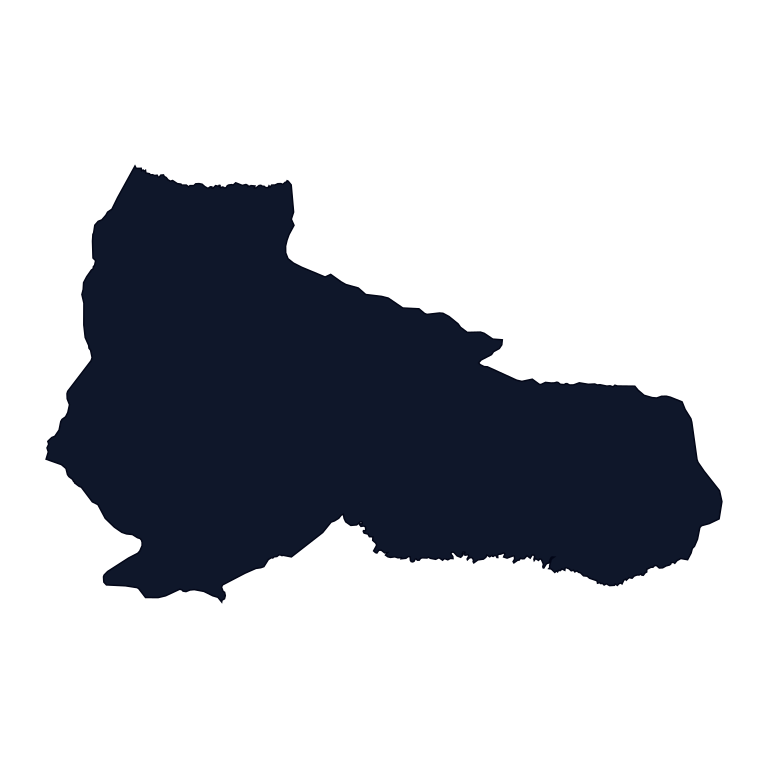 Befale, Équateur, Democratic Republic of the Congo (orthographic projection)
{"feature_id": "63176286B4133354906354", "entity_name": "Befale", "entity_type": "district", "adm_level": 2, "iso_a3": "COD", "parent_name": "Democratic Republic of the Congo", "parent_adm1": "Équateur", "projection": "orthographic", "projection_center": [21.248, 0.596], "detail": "fine", "context": "isolated", "style": "filled", "palette": "ink", "viewbox_px": 768, "rotation_deg": 0, "n_neighbors": 0, "source": "geoboundaries", "source_scale": "gbopen_adm2", "svg_char_len": 6080}
<svg xmlns="http://www.w3.org/2000/svg" viewBox="0 0 768 768"><path d="M46.1,459.2L61.4,464.6L66.0,468.5L67.5,474.6L68.9,476.6L72.5,479.3L73.7,481.6L74.7,482.0L74.7,483.0L79.1,486.3L81.3,487.2L92.3,501.8L97.9,504.6L105.2,518.3L114.3,527.1L121.8,532.3L126.5,533.9L132.4,534.5L137.5,537.7L140.1,538.5L141.4,540.0L142.1,542.2L142.1,545.7L139.8,551.0L137.7,553.3L128.6,558.0L107.6,571.5L104.1,575.1L103.5,576.8L103.7,580.5L103.9,582.2L106.4,584.9L125.4,585.8L137.0,587.6L138.6,588.5L145.5,597.5L158.1,597.6L165.6,595.8L179.8,589.2L182.0,589.9L183.0,591.1L186.0,591.6L190.0,590.0L194.3,589.6L203.9,591.4L212.8,595.8L217.9,597.3L221.7,602.0L222.0,600.2L224.5,598.8L225.3,595.6L224.6,592.3L223.1,591.4L221.5,587.1L222.6,584.9L245.0,573.2L255.9,568.4L260.8,567.7L263.9,566.6L268.3,559.6L271.3,557.7L272.8,558.0L274.0,556.8L276.9,556.5L278.8,555.0L280.1,554.8L281.9,555.6L283.3,555.3L291.4,556.9L322.7,532.5L331.1,522.1L334.5,520.9L338.7,518.3L341.2,515.1L343.4,514.3L344.1,518.4L345.7,521.8L350.8,525.4L356.7,524.9L359.9,522.1L361.2,521.7L362.3,522.4L362.3,523.8L359.9,523.8L359.5,524.5L361.0,526.4L363.5,526.0L365.3,526.6L365.8,529.7L365.4,530.6L363.5,530.6L363.3,531.6L364.1,533.1L368.0,534.1L369.4,536.7L372.9,536.8L372.7,540.4L375.6,542.9L376.5,544.5L376.4,545.8L373.6,550.9L375.5,552.6L376.9,553.0L378.8,550.2L381.3,550.2L384.7,552.9L387.6,552.6L385.5,555.1L387.9,556.8L390.5,557.4L394.9,556.8L397.8,557.8L401.3,557.6L401.0,558.8L405.9,558.3L408.2,556.6L409.3,556.6L410.2,557.1L410.4,560.3L411.2,561.6L412.8,561.9L414.1,561.2L415.2,559.1L416.0,558.8L417.4,560.2L419.2,560.2L420.6,558.3L422.3,557.8L427.0,558.0L428.5,557.2L430.3,558.3L435.7,559.3L439.0,557.7L442.6,560.2L443.9,558.9L445.0,558.7L447.8,559.8L450.4,558.4L453.0,558.6L452.8,556.5L450.7,553.6L452.1,552.0L453.8,552.3L457.1,555.9L460.7,557.3L462.3,555.7L462.3,553.6L463.1,552.0L464.9,552.2L465.0,552.8L463.8,553.8L464.0,554.8L465.6,555.2L467.9,554.6L468.3,555.1L468.6,556.4L467.1,559.0L467.4,559.8L469.4,557.9L471.5,557.5L472.7,558.5L473.5,560.2L473.1,561.7L473.8,562.9L477.9,559.9L483.5,559.1L485.8,557.3L486.9,555.0L489.7,556.8L492.1,555.3L492.6,556.3L493.4,556.4L494.7,555.3L495.8,555.5L497.0,557.5L497.8,557.5L497.6,555.7L498.3,554.3L500.8,554.1L503.7,552.9L504.9,553.9L503.6,557.0L507.1,558.1L513.3,555.8L514.3,556.2L514.6,559.1L513.1,561.6L513.9,562.9L517.5,560.3L519.3,560.0L520.4,558.2L522.2,558.8L524.2,558.7L527.0,555.7L530.2,558.1L532.2,554.9L533.9,555.1L534.6,556.5L533.9,559.3L534.2,560.5L535.6,558.6L538.5,560.4L539.9,558.8L541.4,559.5L543.4,564.1L542.8,566.7L543.1,567.8L543.8,568.0L546.4,563.8L548.9,562.9L550.9,557.7L552.0,557.0L554.2,557.1L552.0,558.6L551.0,560.3L549.6,565.9L549.8,567.4L548.8,568.6L551.3,569.0L554.8,572.4L556.4,570.9L557.6,571.9L558.4,570.5L560.5,570.5L561.8,568.9L564.8,570.3L565.1,568.1L566.0,567.6L569.1,568.8L571.2,570.8L573.6,570.2L574.8,571.9L576.8,570.9L578.8,572.4L580.4,572.7L583.5,575.8L587.3,576.2L589.5,578.2L596.5,580.6L597.2,581.3L597.5,583.2L599.8,582.6L600.5,583.5L602.7,583.5L604.1,585.0L606.4,583.8L609.6,585.6L614.4,585.3L615.2,584.0L617.4,585.4L618.9,583.7L621.0,583.0L622.0,583.9L623.9,580.0L625.5,579.2L626.3,580.2L629.0,577.6L632.1,578.2L634.2,576.0L636.9,575.0L639.1,575.0L641.2,574.0L641.8,575.1L643.3,575.3L645.2,572.8L646.7,572.0L646.8,569.3L650.9,567.3L653.0,567.2L654.7,565.5L656.6,565.6L659.3,568.0L662.7,567.8L666.1,565.9L669.5,565.0L670.7,564.1L671.3,562.5L673.5,562.4L674.8,563.3L676.9,560.7L680.8,558.5L687.6,559.7L691.1,553.0L692.3,548.5L694.5,546.2L697.5,539.2L699.8,527.6L701.5,525.7L709.2,523.6L719.1,518.9L721.9,501.6L719.5,490.7L704.2,471.3L698.0,462.3L697.0,459.5L691.8,422.2L690.9,418.7L685.1,409.4L682.1,401.9L670.4,397.2L666.4,396.2L661.5,396.3L656.7,398.0L652.1,397.6L644.1,395.3L638.0,390.1L634.8,386.2L617.4,386.0L614.9,385.2L613.1,386.8L610.1,385.8L606.8,386.1L600.0,384.7L597.3,385.0L594.8,384.0L588.3,384.3L579.3,382.8L573.6,384.9L569.6,385.0L567.0,383.6L565.6,383.7L564.2,384.6L560.3,384.3L558.1,382.5L556.8,382.2L554.3,382.9L551.1,383.0L545.5,382.4L541.0,384.5L539.4,384.4L532.3,379.2L521.9,381.4L516.7,380.2L487.4,366.8L484.1,366.6L480.1,364.6L478.6,362.9L481.1,360.0L491.5,354.6L493.5,351.7L499.3,348.5L501.8,344.8L502.3,339.8L492.8,339.1L484.2,333.3L480.5,332.1L467.3,332.4L460.5,327.3L458.1,323.9L449.0,316.5L443.0,313.3L439.5,313.0L427.0,314.4L424.6,313.5L419.0,308.8L402.8,308.0L388.3,298.1L381.6,296.4L365.7,294.5L358.3,288.0L345.8,284.5L340.9,281.7L330.7,274.4L325.1,277.0L301.8,267.3L293.5,263.1L288.0,258.7L285.7,252.8L285.6,246.1L287.0,240.2L289.0,234.6L294.0,225.3L291.3,219.2L293.6,212.1L291.2,184.9L288.2,181.2L287.1,180.7L286.3,182.4L285.3,182.2L282.9,184.4L280.9,183.6L277.8,183.7L275.0,185.0L271.6,185.1L270.2,187.2L269.0,185.8L268.2,187.6L265.5,187.6L264.4,186.4L262.0,186.1L260.9,185.3L259.1,185.5L255.7,188.1L254.3,187.9L255.0,186.0L250.9,185.6L249.8,186.6L249.2,186.1L247.9,186.6L247.8,185.4L246.0,184.5L242.3,185.4L235.7,182.8L233.1,185.1L231.8,184.6L228.7,185.0L227.3,185.7L226.1,187.7L224.3,188.0L223.7,187.3L222.3,187.0L220.6,187.8L219.5,186.7L220.2,186.1L220.0,185.4L219.1,185.3L218.5,186.3L215.6,185.6L212.9,188.3L212.1,188.2L211.9,186.9L210.3,186.8L208.0,188.4L204.8,186.6L202.1,184.2L199.0,183.6L195.7,183.8L193.8,185.6L190.0,185.6L188.6,186.9L186.4,185.1L181.5,185.1L181.0,184.1L177.3,183.6L172.6,180.5L170.5,181.2L168.1,179.9L166.2,177.5L164.3,176.5L163.5,174.9L160.8,175.1L159.3,177.1L158.1,177.0L157.2,175.2L154.7,175.5L152.5,174.7L150.4,174.9L149.5,173.7L145.9,173.0L145.5,170.3L144.2,171.2L143.1,170.0L141.5,170.8L141.2,168.3L136.2,168.4L135.0,166.0L117.6,197.6L111.9,209.2L107.6,212.1L105.8,215.3L101.8,219.9L98.2,221.3L94.8,225.2L93.7,232.6L92.9,234.4L92.5,241.1L93.0,258.0L95.6,260.6L94.6,265.3L93.4,266.6L93.1,268.8L91.4,270.0L86.7,276.7L83.6,282.6L83.2,289.4L81.9,294.5L83.9,303.2L83.8,324.9L85.2,337.5L88.7,345.4L89.0,348.2L90.6,350.2L92.1,357.6L91.1,360.7L67.7,391.3L67.0,393.7L67.2,398.8L69.5,404.7L67.8,412.5L65.6,416.8L62.0,419.4L60.8,421.5L59.1,430.0L54.8,436.3L51.8,437.5L47.8,441.3L48.7,444.2L47.0,447.9L48.3,451.9L46.1,459.2Z" fill="#0f172a" stroke="#020617" stroke-width="1.5"/></svg>